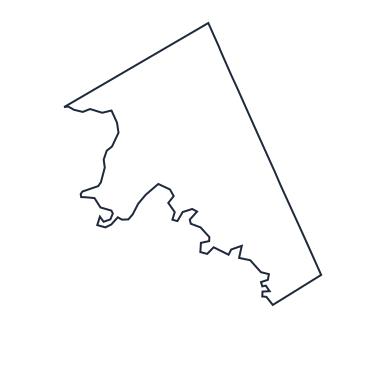 Sumter, Alabama, United States of America, rotated 150°
{"feature_id": "52423323B29714418212359", "entity_name": "Sumter", "entity_type": "district", "adm_level": 2, "iso_a3": "USA", "parent_name": "United States of America", "parent_adm1": "Alabama", "projection": "orthographic", "projection_center": [-88.095, 32.652], "detail": "fine", "context": "isolated", "style": "outline", "palette": "slate", "viewbox_px": 384, "rotation_deg": 150, "n_neighbors": 0, "source": "geoboundaries", "source_scale": "gbopen_adm2", "svg_char_len": 1167}
<svg xmlns="http://www.w3.org/2000/svg" viewBox="0 0 384 384"><g transform="rotate(150 192 192)"><path d="M119.0,80.6L116.8,102.3L111.9,153.6L110.2,168.0L106.8,202.1L106.8,202.3L104.8,221.8L100.9,259.1L99.6,273.4L97.4,293.7L96.5,301.5L96.1,303.9L93.4,330.2L260.3,329.5L256.5,327.9L253.1,322.2L246.6,316.0L238.8,314.8L230.1,305.5L221.0,302.8L222.3,289.5L226.0,280.1L238.5,271.4L245.2,270.4L252.3,264.2L255.3,256.8L266.0,246.0L270.2,244.0L286.7,247.2L289.4,245.9L290.5,243.0L286.4,240.4L279.5,235.5L279.0,224.4L271.1,216.2L271.3,213.0L276.4,209.1L283.4,210.4L284.1,216.7L290.6,210.7L284.7,204.7L278.2,204.2L268.9,207.2L266.5,203.1L260.8,200.1L254.5,202.3L244.4,208.8L233.3,212.8L217.2,215.8L209.8,205.2L209.9,197.6L218.0,194.4L217.0,183.2L222.8,177.8L219.2,174.1L210.1,179.3L200.3,177.2L197.4,172.5L207.7,169.2L208.9,165.1L202.3,157.1L199.5,144.3L201.7,140.9L209.7,143.5L214.8,135.8L209.8,130.8L200.9,133.3L191.7,119.4L186.8,122.6L175.8,120.5L184.2,111.4L175.7,103.8L172.4,88.1L166.5,82.4L170.2,78.0L177.3,79.5L178.3,75.1L174.9,74.0L174.4,67.3L180.7,70.5L183.4,66.4L180.0,64.0L178.5,53.8L121.6,55.6L119.0,80.6Z" fill="none" stroke="#1e293b" stroke-width="2"/></g></svg>